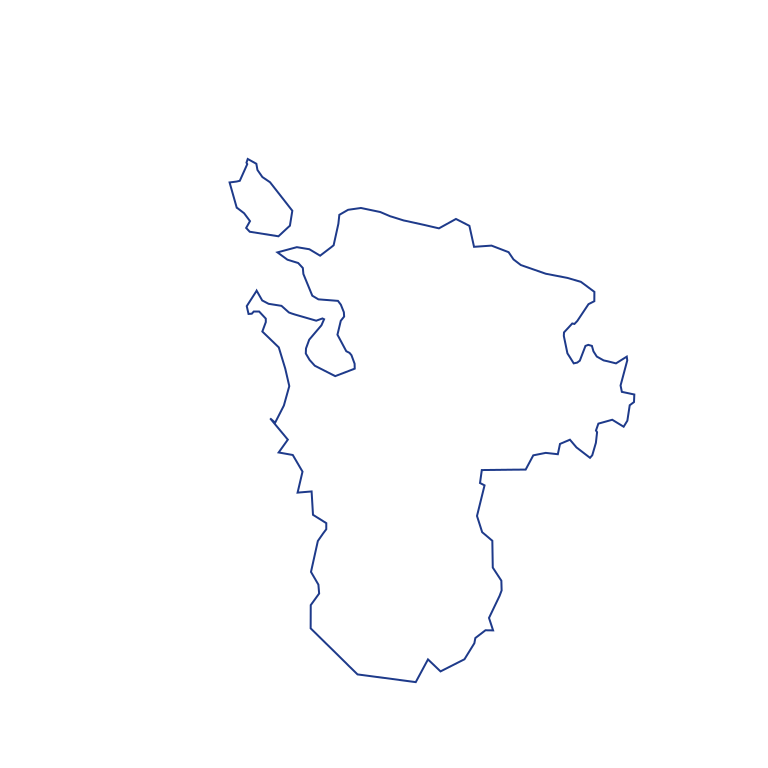 outline of Dorchester, Maryland, United States of America, rotated 138°
{"feature_id": "52423323B10442929932087", "entity_name": "Dorchester", "entity_type": "district", "adm_level": 2, "iso_a3": "USA", "parent_name": "United States of America", "parent_adm1": "Maryland", "projection": "mercator", "projection_center": [-76.061, 38.409], "detail": "fine", "context": "isolated", "style": "outline", "palette": "blue", "viewbox_px": 768, "rotation_deg": 138, "n_neighbors": 0, "source": "geoboundaries", "source_scale": "gbopen_adm2", "svg_char_len": 2591}
<svg xmlns="http://www.w3.org/2000/svg" viewBox="0 0 768 768"><g transform="rotate(138 384 384)"><path d="M434.7,151.9L428.4,159.3L426.0,174.8L408.4,195.0L410.2,208.2L403.2,223.7L377.1,241.4L378.9,246.2L377.8,247.1L368.9,254.6L358.1,245.1L343.2,232.0L336.0,225.6L320.8,231.1L309.9,224.6L301.8,215.5L293.3,221.7L283.1,218.2L283.4,208.1L280.3,191.3L276.9,191.7L265.9,198.5L257.9,205.6L257.6,207.6L251.2,211.1L238.3,204.7L234.5,191.9L227.7,193.9L215.6,203.8L210.3,203.3L205.0,208.7L209.8,215.3L212.5,219.0L209.2,224.6L197.2,232.4L187.4,238.8L185.3,241.9L197.8,244.1L202.5,251.1L205.0,254.6L207.5,262.0L206.5,268.1L204.0,273.2L206.0,276.4L208.8,277.5L222.9,270.3L224.6,270.5L225.2,270.5L226.1,270.6L229.2,272.4L227.9,279.7L227.2,284.0L226.8,284.7L218.2,299.4L217.0,300.6L215.7,301.9L203.6,303.0L202.3,301.2L198.2,301.5L178.6,306.5L172.3,304.8L166.0,311.7L169.0,326.6L169.3,328.1L176.7,340.1L190.0,357.7L202.7,380.8L204.4,389.9L203.2,398.6L211.5,414.9L225.3,425.7L214.7,444.4L220.1,458.5L239.0,462.9L240.2,464.6L242.8,468.3L247.6,475.2L258.7,490.7L259.9,492.3L266.1,502.8L267.1,504.4L271.7,514.3L283.4,530.3L283.6,530.4L293.4,537.0L294.2,537.5L304.0,539.6L310.7,533.6L328.6,520.8L332.0,521.0L345.6,522.1L349.3,534.1L357.2,544.0L375.1,553.1L372.6,541.0L366.8,531.3L366.7,524.5L370.3,519.7L378.2,497.6L376.1,490.8L362.6,476.6L363.0,471.8L365.8,464.2L368.5,460.8L373.8,459.9L385.6,451.8L390.1,433.6L388.8,430.2L388.9,427.2L392.3,418.7L395.5,415.0L415.0,422.5L423.2,443.9L423.2,451.7L421.7,459.0L418.2,462.6L409.9,467.0L391.2,469.5L385.2,472.2L385.9,473.9L392.0,476.4L403.7,495.2L405.5,498.3L406.8,500.8L407.9,510.7L416.1,520.8L418.6,527.6L416.2,538.6L416.7,538.4L433.9,533.7L437.8,526.7L435.2,524.7L432.3,525.0L428.3,521.4L428.1,511.7L430.4,509.1L439.3,504.4L437.7,481.6L447.1,461.5L455.8,445.8L472.8,435.0L490.8,428.1L491.6,434.6L492.7,407.0L508.1,403.6L499.3,392.3L503.2,373.4L520.9,361.1L509.7,352.6L524.3,334.3L520.0,319.2L524.1,314.7L529.2,313.7L538.2,311.6L564.0,293.2L567.0,278.8L572.4,271.7L586.4,268.7L602.0,251.5L600.7,230.1L600.3,224.0L599.1,204.0L599.0,202.7L598.8,198.3L598.5,194.0L598.0,186.0L598.0,185.9L559.9,141.2L535.6,149.9L534.3,132.6L508.4,125.6L490.3,130.9L486.1,134.1L473.4,133.1L467.8,127.9L462.5,139.9L439.9,149.2L434.7,151.9ZM375.5,613.5L375.2,612.9L375.2,612.6L373.7,604.5L374.6,594.7L382.0,592.2L381.9,587.0L363.6,564.4L350.5,564.6L348.0,564.6L336.2,574.1L333.7,610.2L335.9,619.2L334.9,627.2L334.8,627.8L331.5,633.1L334.7,642.4L338.1,640.5L338.5,638.9L341.4,637.6L355.2,631.5L358.1,633.1L363.9,637.1L375.5,613.5Z" fill="none" stroke="#1e3a8a" stroke-width="2"/></g></svg>